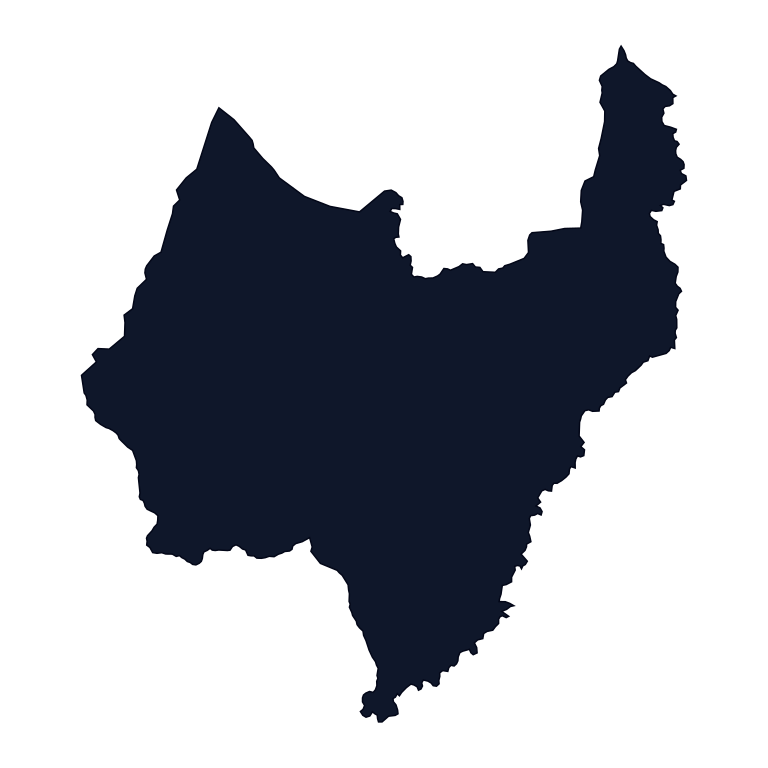 Corguinho, Mato Grosso do Sul, Brazil
{"feature_id": "56859067B58244822602525", "entity_name": "Corguinho", "entity_type": "district", "adm_level": 2, "iso_a3": "BRA", "parent_name": "Brazil", "parent_adm1": "Mato Grosso do Sul", "projection": "orthographic", "projection_center": [-55.002, -19.811], "detail": "fine", "context": "isolated", "style": "filled", "palette": "ink", "viewbox_px": 768, "rotation_deg": 0, "n_neighbors": 0, "source": "geoboundaries", "source_scale": "gbopen_adm2", "svg_char_len": 6093}
<svg xmlns="http://www.w3.org/2000/svg" viewBox="0 0 768 768"><path d="M360.4,711.5L362.8,715.3L366.0,717.2L369.8,716.0L372.5,711.8L374.7,713.7L377.2,715.1L377.6,718.8L378.5,721.9L382.1,721.9L388.6,716.2L395.2,715.4L398.0,713.8L397.6,710.0L396.0,704.9L393.4,701.7L393.0,698.6L395.4,697.1L397.3,693.7L399.4,695.8L401.6,692.5L406.4,687.6L410.9,684.1L414.0,685.0L417.1,686.8L418.5,690.2L421.0,689.0L422.5,686.0L421.7,682.9L423.3,680.0L427.9,681.1L431.1,683.0L433.2,685.7L436.5,686.2L439.1,683.8L438.8,680.5L439.8,676.5L439.7,672.9L442.7,670.6L447.8,671.4L448.8,667.6L451.0,665.3L454.1,666.0L456.5,663.8L457.9,660.8L458.2,656.9L459.9,652.6L462.7,651.2L469.4,649.3L470.9,652.7L473.2,654.7L477.1,652.9L476.7,647.6L474.4,642.9L477.6,639.9L482.8,638.6L483.7,633.5L487.1,631.4L492.8,630.2L495.4,626.7L498.6,623.5L498.6,619.3L499.9,616.9L502.2,615.7L506.2,617.6L508.7,616.3L501.7,611.4L506.6,609.4L510.4,606.5L513.8,605.7L509.8,603.4L505.3,601.7L499.1,601.6L499.6,598.5L501.0,594.3L502.3,585.4L506.2,584.6L511.6,581.8L511.6,577.1L515.2,570.1L514.7,566.4L517.2,565.5L519.9,565.9L521.5,568.8L522.8,565.9L525.3,564.5L527.3,561.2L521.1,554.1L525.0,550.4L526.5,546.8L526.6,544.1L530.9,541.7L529.7,536.2L528.3,532.5L530.4,525.0L529.3,518.5L530.6,515.7L534.7,515.1L537.6,513.5L541.1,515.0L542.1,511.6L540.0,507.9L536.0,506.0L540.6,502.1L537.7,497.9L541.8,490.9L545.1,489.4L548.3,490.8L551.5,491.1L552.2,485.4L553.9,483.2L557.1,483.3L561.9,480.4L566.1,477.0L569.0,473.8L569.5,469.0L571.0,466.6L575.2,468.0L575.1,462.6L575.8,459.1L577.5,455.9L580.5,456.9L583.8,455.6L584.5,449.8L580.8,446.6L584.1,442.4L579.1,436.0L579.6,422.2L580.6,419.1L581.3,415.9L584.9,410.7L588.7,409.8L592.5,411.3L599.1,411.0L599.4,408.1L600.8,405.7L603.5,404.3L605.4,400.0L607.8,397.4L612.1,396.6L614.8,392.2L618.5,391.6L619.9,388.0L626.5,383.0L625.4,379.7L628.0,376.1L631.5,372.7L635.4,370.6L641.2,365.1L643.2,362.2L647.9,360.7L649.6,356.0L652.4,357.2L666.1,353.4L669.2,350.6L670.7,347.3L674.8,348.5L674.4,340.0L676.4,337.6L675.1,333.2L675.3,330.3L676.8,327.9L676.7,319.3L675.7,315.6L678.1,310.2L675.6,307.3L675.7,301.6L678.8,293.8L681.5,291.3L680.1,288.3L677.3,286.2L675.2,283.2L676.2,276.5L677.9,272.0L678.0,267.2L675.0,264.3L669.9,261.3L666.0,257.1L663.8,251.1L664.0,248.2L663.6,244.6L660.9,243.4L661.0,239.9L660.5,235.8L658.3,233.3L658.1,229.7L656.6,225.2L657.2,221.6L653.5,219.7L650.1,216.5L649.4,213.5L651.4,210.4L655.9,211.3L661.8,210.6L662.9,207.8L660.4,205.5L663.5,204.3L669.3,205.6L672.9,204.6L674.4,201.3L671.9,200.0L674.0,191.4L680.3,188.9L680.5,185.0L686.5,180.4L685.9,175.9L681.4,173.5L680.2,170.3L683.9,168.3L684.1,164.6L683.1,161.7L680.6,159.3L677.2,157.2L675.8,153.7L675.6,150.7L676.3,147.4L679.1,144.2L677.1,141.5L674.5,140.8L673.1,137.3L672.8,133.7L675.7,132.0L676.4,129.3L670.7,127.2L664.2,125.5L661.9,121.5L661.7,117.2L663.9,113.2L662.9,108.9L665.2,106.4L669.5,105.8L672.9,103.6L672.8,97.6L675.9,95.9L672.8,94.2L670.4,90.6L665.8,86.5L662.3,84.9L659.2,82.8L650.6,78.8L644.8,74.4L635.8,66.2L633.4,63.4L630.5,62.6L627.7,60.9L626.2,58.0L625.6,54.8L624.0,50.7L621.1,46.1L619.4,49.1L617.6,60.9L616.7,63.8L613.8,66.7L608.9,69.3L600.7,76.0L599.4,80.3L602.2,86.4L601.8,90.3L602.2,93.0L600.0,102.3L604.8,111.0L604.6,121.6L601.2,138.4L598.6,148.5L599.7,155.6L595.3,170.0L593.7,176.7L585.0,181.0L581.3,190.4L580.7,201.8L582.6,210.1L581.8,221.7L580.7,228.1L564.7,228.5L551.1,231.2L532.0,232.7L529.7,235.0L527.9,240.3L528.5,252.5L524.1,258.4L509.9,264.2L504.8,265.7L502.7,268.1L498.6,268.9L495.3,272.3L483.0,271.7L479.9,267.4L475.4,267.0L472.6,263.6L466.5,264.6L462.6,263.8L459.0,266.6L450.5,270.2L447.6,268.9L443.9,268.5L440.1,274.1L437.5,276.0L432.9,278.0L428.4,278.1L425.3,278.7L421.7,277.0L417.2,276.4L413.9,277.0L411.4,274.3L412.5,267.4L410.2,265.2L411.1,261.0L410.9,256.6L408.7,254.7L402.7,257.8L400.4,255.0L400.6,250.9L396.4,247.0L394.8,243.3L393.7,238.7L395.9,237.3L398.9,237.0L398.3,233.9L398.6,227.0L400.5,219.4L397.3,213.8L393.7,213.0L390.1,211.4L391.8,208.5L395.6,208.6L399.8,209.4L399.7,204.6L402.8,204.4L403.0,201.4L401.9,197.7L398.6,195.7L395.9,192.6L391.2,190.1L384.5,191.1L359.5,211.9L330.0,206.4L304.4,196.4L279.3,177.9L274.1,170.1L271.6,167.1L262.8,158.5L253.8,147.9L253.1,143.8L252.1,140.4L249.2,136.9L234.0,119.7L218.9,107.8L211.7,122.4L196.8,169.2L186.2,177.9L176.5,190.0L179.7,200.0L173.5,206.1L172.5,213.7L167.2,230.2L161.0,252.2L154.2,256.0L146.7,265.8L145.3,269.1L144.9,272.9L146.5,279.3L137.2,288.3L134.8,295.8L132.6,308.7L124.1,315.1L125.0,322.6L124.5,336.3L109.2,349.1L98.0,348.6L92.4,354.6L96.4,361.9L81.5,375.3L84.2,393.0L85.9,395.3L87.2,400.0L87.0,404.8L93.5,411.0L95.1,414.5L95.0,417.3L95.7,420.6L100.6,424.4L106.1,427.6L108.9,428.4L113.1,430.7L116.3,433.1L118.1,435.2L119.2,438.6L121.5,441.0L127.7,447.1L132.6,450.4L136.4,460.7L136.7,464.6L136.4,467.7L138.4,470.7L139.1,474.4L138.4,477.6L140.0,493.1L139.3,496.8L140.4,499.4L143.0,500.4L144.3,503.0L145.1,506.3L147.2,509.3L154.6,512.8L157.9,515.7L157.7,520.3L157.1,524.1L154.1,527.2L152.0,530.8L147.5,535.7L146.5,538.2L147.1,541.2L146.7,545.1L149.9,547.5L152.7,552.6L157.0,553.3L161.8,552.7L165.7,554.0L172.3,554.1L176.2,556.4L179.5,555.6L181.8,557.6L184.8,559.1L187.3,561.5L190.2,562.5L192.6,564.4L195.9,564.9L199.2,563.3L201.3,561.4L202.3,558.6L202.8,554.6L203.9,551.9L207.2,550.4L210.1,548.3L212.2,550.1L215.2,550.5L218.8,550.0L227.3,550.5L230.0,550.2L232.5,546.5L236.0,544.8L239.2,546.3L242.5,549.0L245.6,550.0L248.0,555.3L250.9,555.8L254.1,555.9L256.8,558.1L261.3,558.3L265.1,557.7L269.2,556.3L274.1,556.7L278.4,554.2L281.9,553.1L284.7,551.5L289.6,551.0L292.0,549.3L292.7,546.1L295.7,543.6L302.2,541.7L309.6,537.6L312.2,547.0L310.9,551.3L320.4,563.4L337.1,570.3L339.3,572.8L342.2,575.3L348.1,584.8L348.6,590.0L349.4,593.7L349.1,601.5L350.2,604.1L349.4,607.2L351.8,612.4L352.6,615.5L356.3,621.1L357.1,624.7L359.5,627.8L363.0,631.1L363.6,635.4L366.0,640.6L369.1,650.1L372.4,657.2L375.5,661.7L376.5,665.1L378.2,668.3L377.0,675.5L377.9,678.3L376.7,681.3L376.9,685.6L375.4,689.8L373.2,692.4L369.5,691.5L365.8,693.1L363.5,695.0L362.5,697.9L362.5,701.9L364.6,705.5L363.0,709.4L360.4,711.5Z" fill="#0f172a" stroke="#020617" stroke-width="1.5"/></svg>